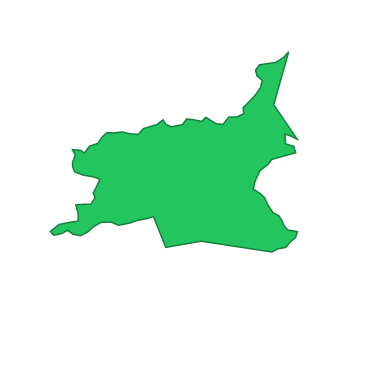 outline of Divina Pastora, Sergipe, Brazil, rotated 66°
{"feature_id": "56859067B98111685296197", "entity_name": "Divina Pastora", "entity_type": "district", "adm_level": 2, "iso_a3": "BRA", "parent_name": "Brazil", "parent_adm1": "Sergipe", "projection": "equal_earth", "projection_center": [-37.165, -10.679], "detail": "fine", "context": "isolated", "style": "filled", "palette": "green", "viewbox_px": 384, "rotation_deg": 66, "n_neighbors": 0, "source": "geoboundaries", "source_scale": "gbopen_adm2", "svg_char_len": 1354}
<svg xmlns="http://www.w3.org/2000/svg" viewBox="0 0 384 384"><g transform="rotate(66 192 192)"><path d="M275.6,115.9L271.1,111.8L265.6,120.0L260.0,121.7L255.1,121.4L249.1,122.3L243.9,126.4L234.1,128.0L226.9,128.0L221.2,130.3L214.3,134.8L207.6,129.9L200.3,121.3L197.6,110.8L194.7,105.9L198.3,81.3L191.6,80.5L186.1,87.0L176.9,83.4L181.1,79.0L186.6,74.4L145.6,81.9L103.2,46.6L106.5,54.0L107.7,62.9L103.2,78.6L106.5,84.4L112.3,85.4L118.7,82.5L124.4,86.9L129.1,94.6L132.9,103.4L135.8,111.0L141.5,113.0L141.7,120.3L138.5,128.0L142.8,136.0L139.7,141.9L134.2,145.8L129.4,148.9L131.5,154.3L127.7,159.6L123.1,167.2L126.5,173.3L124.1,184.2L119.6,188.3L114.3,189.1L116.1,196.8L115.1,204.2L114.3,210.8L117.5,217.6L113.4,225.3L108.7,231.3L106.2,239.5L103.2,245.5L105.1,251.4L109.3,258.4L108.4,267.0L112.7,274.4L108.7,276.7L104.6,284.0L111.0,283.7L116.0,288.9L120.4,290.8L126.0,290.9L132.3,284.6L138.0,276.0L142.9,270.9L147.7,276.4L152.8,282.7L157.7,282.7L162.1,289.3L158.9,296.6L156.5,303.4L165.0,304.6L172.3,307.8L170.0,315.9L167.6,326.4L170.4,337.4L175.2,336.0L176.9,328.6L176.4,321.3L182.3,317.8L186.6,311.6L186.1,303.6L183.5,295.4L182.8,287.2L186.6,278.2L192.6,272.5L195.0,261.6L195.7,253.9L198.0,243.6L198.8,237.2L231.9,238.5L240.7,203.6L279.3,143.4L278.7,137.0L280.8,129.0L278.0,123.3L275.6,115.9Z" fill="#22c55e" stroke="#15803d" stroke-width="1.5"/></g></svg>